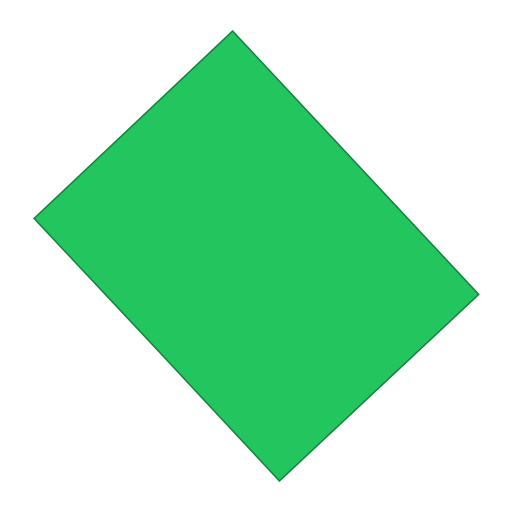 Monroe, Iowa, United States of America, rotated 227°
{"feature_id": "52423323B33016719022729", "entity_name": "Monroe", "entity_type": "district", "adm_level": 2, "iso_a3": "USA", "parent_name": "United States of America", "parent_adm1": "Iowa", "projection": "orthographic", "projection_center": [-92.869, 41.03], "detail": "fine", "context": "isolated", "style": "filled", "palette": "green", "viewbox_px": 512, "rotation_deg": 227, "n_neighbors": 0, "source": "geoboundaries", "source_scale": "gbopen_adm2", "svg_char_len": 241}
<svg xmlns="http://www.w3.org/2000/svg" viewBox="0 0 512 512"><g transform="rotate(227 256 256)"><path d="M255.2,119.8L75.5,119.7L76.0,392.7L436.5,392.3L434.8,119.3L255.2,119.8Z" fill="#22c55e" stroke="#15803d" stroke-width="1.5"/></g></svg>